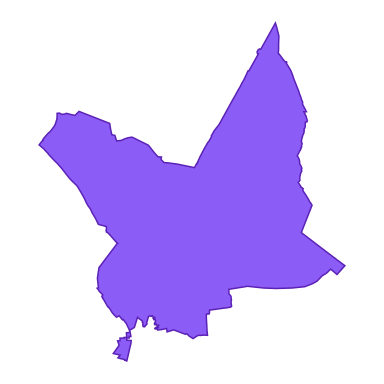 Daugavpils, Daugavpils, Latvia
{"feature_id": "27541924B86608938053042", "entity_name": "Daugavpils", "entity_type": "district", "adm_level": 2, "iso_a3": "LVA", "parent_name": "Latvia", "parent_adm1": "Daugavpils", "projection": "mercator", "projection_center": [26.527, 55.896], "detail": "fine", "context": "isolated", "style": "filled", "palette": "violet", "viewbox_px": 384, "rotation_deg": 0, "n_neighbors": 0, "source": "geoboundaries", "source_scale": "gbopen_adm2", "svg_char_len": 5893}
<svg xmlns="http://www.w3.org/2000/svg" viewBox="0 0 384 384"><path d="M336.4,259.4L334.5,257.8L334.2,257.7L321.8,248.3L301.3,232.6L303.2,227.7L312.0,205.4L311.8,204.7L311.6,204.4L310.4,202.6L309.6,201.7L308.6,199.5L306.1,195.5L306.0,195.2L303.2,191.1L302.8,189.6L303.2,188.7L302.7,188.4L301.1,186.9L300.9,187.0L300.5,186.0L300.0,185.1L298.2,182.5L298.8,181.7L299.8,180.7L299.9,179.8L299.8,178.9L299.8,177.4L300.1,175.7L300.6,173.5L301.8,170.9L301.8,170.7L301.5,170.3L301.3,169.2L301.7,168.9L301.9,168.5L301.7,167.7L301.5,167.2L300.6,165.2L300.2,164.6L299.7,163.7L299.7,162.5L299.5,162.0L299.6,161.6L299.4,160.1L298.7,158.2L297.8,156.7L297.2,156.1L297.3,155.8L298.8,152.8L299.7,151.0L300.3,150.2L300.7,149.5L300.8,149.2L300.6,148.5L300.7,148.0L300.9,147.8L301.3,147.8L301.7,146.4L301.5,145.8L301.6,145.3L301.9,144.5L302.1,143.8L302.1,143.4L301.8,143.1L301.7,142.1L301.3,141.8L301.2,141.5L301.3,141.1L301.6,140.6L301.6,140.3L301.5,140.2L301.5,139.8L301.6,138.9L301.9,138.6L302.0,138.1L302.2,137.8L302.3,137.3L302.1,137.0L302.6,136.2L302.6,135.5L302.7,135.2L303.1,134.8L303.5,134.0L303.6,133.7L303.6,133.1L303.7,132.9L303.9,132.8L304.1,132.2L303.9,131.3L303.9,130.9L304.0,130.7L304.3,130.6L304.3,130.4L304.2,129.9L304.0,129.5L304.0,129.3L304.2,128.8L304.7,128.3L305.3,126.6L305.3,125.4L305.1,124.3L305.5,122.1L306.9,121.9L307.4,120.9L307.2,120.2L306.5,117.9L306.0,115.9L305.1,114.6L304.9,113.4L303.8,111.8L306.4,111.7L302.5,104.1L302.7,102.3L301.5,99.4L300.7,96.8L299.5,93.8L298.8,91.4L297.9,89.2L293.5,78.0L292.8,75.7L291.4,72.0L290.7,70.4L288.3,66.3L286.4,63.4L286.4,62.8L286.8,62.2L286.4,61.8L285.2,61.8L284.1,60.6L282.9,59.1L279.2,54.1L278.7,54.0L278.3,53.7L278.6,49.3L278.6,46.2L278.6,44.2L278.9,36.0L276.6,26.9L275.4,23.0L260.8,49.2L259.5,48.9L257.9,50.1L257.1,51.8L257.4,53.6L258.4,53.9L248.8,71.0L248.1,70.8L247.5,71.9L246.4,74.5L243.6,80.3L242.0,82.9L240.2,86.6L237.7,90.8L235.2,95.5L232.9,99.4L219.1,124.5L214.2,130.7L211.3,135.9L211.6,136.5L209.1,140.9L207.6,142.8L203.8,149.5L200.2,156.4L198.0,161.2L198.0,161.3L197.7,161.8L197.9,162.0L197.0,163.7L196.7,163.5L194.5,167.6L191.4,167.0L177.4,164.1L168.3,162.9L163.9,162.5L161.0,159.4L161.5,157.0L158.0,156.8L154.4,152.8L148.4,145.2L133.0,137.6L131.7,137.1L129.9,137.5L128.0,137.7L126.9,138.2L125.2,138.6L121.0,140.5L120.0,140.5L116.7,141.0L116.2,139.7L114.9,135.4L111.8,134.7L111.1,131.5L110.6,129.2L109.7,123.4L79.0,111.4L75.0,115.4L70.4,114.4L66.4,113.3L66.1,113.4L65.5,113.9L63.7,114.1L61.7,114.4L59.6,113.1L57.1,113.3L57.1,116.0L56.9,119.2L56.3,120.9L55.7,123.0L54.7,125.5L50.9,130.7L49.8,131.9L48.1,133.2L47.8,133.7L46.2,135.4L43.6,138.5L43.0,139.5L42.8,139.8L43.1,140.5L42.2,140.9L39.1,144.9L44.2,149.2L44.9,150.2L48.2,153.6L48.4,154.1L51.0,157.0L54.5,160.7L57.5,163.6L58.4,164.7L61.7,168.4L69.5,178.4L72.9,181.9L76.8,185.6L77.8,187.1L81.0,192.4L84.3,198.3L86.4,202.9L88.1,205.9L90.6,209.3L92.1,212.8L95.5,218.4L98.4,224.4L106.3,226.5L106.5,229.9L106.1,230.1L106.0,230.4L106.1,230.9L106.5,231.5L106.4,232.0L107.7,232.7L108.3,233.2L110.3,235.4L116.6,242.6L117.6,243.4L117.1,243.6L99.0,267.6L97.4,278.2L98.4,287.7L97.1,288.2L99.3,291.0L99.2,291.3L102.8,294.8L102.7,295.1L102.1,295.8L101.8,296.3L102.8,297.7L102.5,297.9L104.2,300.5L104.6,301.4L105.0,301.9L107.2,305.8L107.8,306.7L108.3,307.3L108.6,307.1L109.9,309.0L110.7,310.1L111.3,311.3L112.4,312.9L113.9,314.7L116.5,317.2L119.2,315.8L122.2,319.6L122.5,319.9L123.2,319.5L123.7,320.1L124.7,321.5L126.4,323.7L127.3,325.6L127.5,326.1L129.2,329.6L129.2,329.9L129.8,331.2L130.0,331.9L130.0,332.3L126.4,332.8L126.7,337.4L124.1,337.4L124.0,338.1L120.0,338.1L120.0,340.8L117.6,340.8L119.1,345.3L117.7,347.3L113.3,353.5L119.2,354.9L119.4,355.2L119.9,355.0L120.2,355.1L117.9,357.8L120.7,358.7L121.7,358.9L122.0,358.8L122.7,359.0L123.4,359.4L124.1,359.5L124.9,359.9L124.8,360.3L126.0,360.5L126.3,360.9L126.8,361.0L128.1,355.5L129.1,351.1L129.4,349.9L130.3,346.0L131.0,343.2L131.2,340.5L126.8,340.2L126.7,338.0L129.2,338.0L129.2,336.5L130.9,336.5L130.2,332.3L129.6,330.1L131.9,329.0L134.4,327.4L137.5,317.3L139.2,318.8L139.7,319.1L140.1,319.4L140.8,319.8L141.0,320.1L141.6,320.3L141.8,320.6L142.3,321.0L142.3,321.4L142.4,322.5L143.0,322.9L142.8,325.7L142.9,326.1L143.2,326.4L143.5,326.7L144.0,326.8L144.8,326.7L145.0,326.5L145.1,326.3L145.2,325.6L145.4,325.5L146.0,325.2L147.0,324.0L146.9,323.6L146.7,323.1L146.9,322.4L146.8,321.8L147.0,321.6L147.5,320.0L147.6,319.3L148.2,317.6L148.3,316.9L148.7,316.3L148.9,316.2L149.9,316.0L151.1,316.4L151.5,316.1L151.9,315.6L152.2,315.6L152.8,316.5L153.3,316.8L154.9,317.6L155.1,317.8L155.1,318.0L154.9,318.1L153.4,317.6L153.2,317.8L153.0,318.0L153.1,318.3L153.7,318.4L154.0,318.6L154.0,318.8L153.7,319.3L153.7,319.6L153.8,319.7L154.0,319.8L154.7,319.7L155.1,319.8L155.4,320.1L155.6,320.6L155.6,321.1L155.4,321.7L154.8,322.4L154.5,323.2L154.6,324.4L154.6,324.6L155.0,324.7L155.2,324.2L155.5,323.8L156.0,323.8L156.5,325.0L156.8,325.3L157.2,325.5L157.4,325.5L157.9,325.4L158.5,325.1L158.8,325.3L158.8,325.5L157.6,326.2L157.5,326.4L157.5,326.7L157.5,326.9L158.1,327.1L158.3,327.3L158.4,327.5L158.2,327.9L157.7,328.0L156.7,327.3L156.4,327.1L155.7,327.6L154.9,328.2L154.8,328.4L154.8,328.6L155.2,328.9L156.0,328.9L156.7,328.8L157.5,329.8L157.6,330.0L161.5,329.6L166.6,328.5L167.1,331.9L173.7,329.9L185.4,334.3L186.8,333.7L188.9,335.9L193.1,338.6L197.3,335.8L199.5,335.2L200.3,335.5L201.4,335.3L204.5,335.1L207.5,335.3L207.0,330.3L206.8,325.8L206.4,318.9L206.3,314.2L209.2,313.9L209.5,312.4L209.5,310.8L209.6,310.1L223.4,308.2L223.6,308.1L225.7,308.0L229.8,307.3L230.9,307.0L231.6,306.3L231.1,302.4L230.9,301.4L231.4,300.8L231.4,299.6L231.3,299.2L231.3,298.7L231.1,298.1L231.0,297.2L231.1,296.8L231.0,296.3L228.9,293.6L228.9,289.3L247.6,286.3L263.4,288.0L276.1,288.5L292.2,288.0L304.8,286.7L312.7,283.6L317.1,281.1L322.2,275.8L326.6,273.1L330.6,269.2L332.8,270.9L337.0,274.5L344.9,265.7L336.4,259.4Z" fill="#8b5cf6" stroke="#5b21b6" stroke-width="1.5"/></svg>